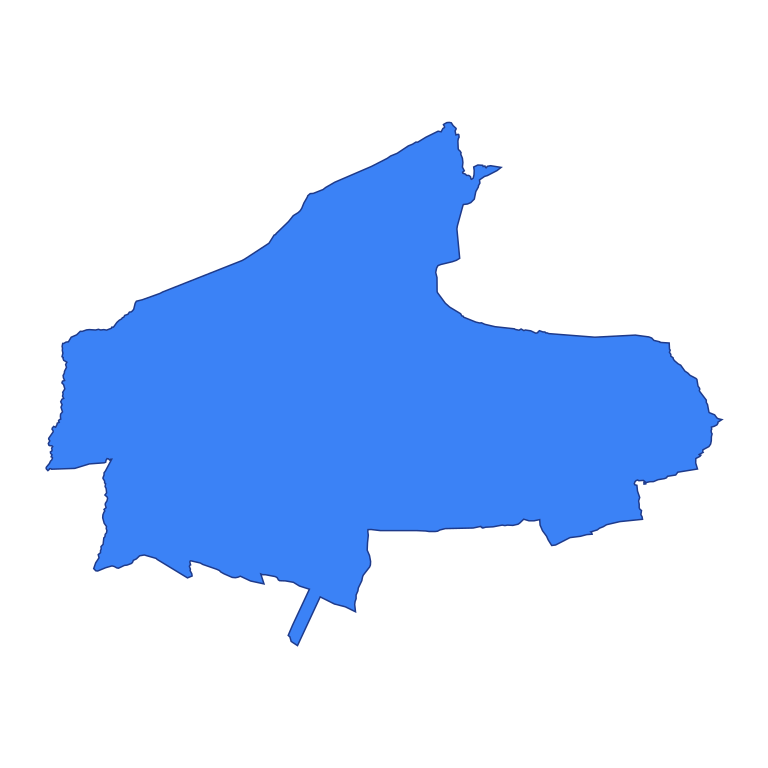 the district of Ladesti, Vâlcea, Romania
{"feature_id": "2599482B93203589904447", "entity_name": "Ladesti", "entity_type": "district", "adm_level": 2, "iso_a3": "ROU", "parent_name": "Romania", "parent_adm1": "Vâlcea", "projection": "natural_earth1", "projection_center": [24.033, 44.869], "detail": "fine", "context": "isolated", "style": "filled", "palette": "blue", "viewbox_px": 768, "rotation_deg": 0, "n_neighbors": 0, "source": "geoboundaries", "source_scale": "gbopen_adm2", "svg_char_len": 6041}
<svg xmlns="http://www.w3.org/2000/svg" viewBox="0 0 768 768"><path d="M551.7,545.5L555.6,545.0L570.0,537.6L580.4,536.3L586.8,534.6L592.1,534.2L591.6,532.6L590.8,531.9L597.3,529.9L599.5,528.2L603.3,526.7L606.6,524.7L619.9,521.6L642.5,519.3L642.1,516.8L640.9,514.6L641.5,510.5L639.9,509.3L639.2,507.8L639.2,504.2L638.6,501.0L639.7,497.5L637.5,491.1L636.9,485.3L634.9,484.8L634.3,483.7L635.0,481.7L636.2,480.5L637.7,480.0L638.8,480.7L643.4,480.4L645.4,482.0L643.9,482.3L644.0,484.1L645.8,483.9L646.0,482.6L649.8,481.7L653.5,481.6L658.0,479.7L664.5,478.6L666.5,477.8L667.5,476.3L675.7,475.0L677.8,472.2L697.5,469.0L695.7,463.0L695.8,458.5L699.9,456.4L700.7,455.4L700.0,455.4L699.1,454.5L703.1,452.4L702.7,451.9L702.9,449.8L708.9,446.6L710.6,444.1L711.3,440.8L711.4,436.7L712.1,433.9L711.4,432.6L711.1,430.6L711.7,429.2L711.4,427.1L714.2,426.3L716.9,424.9L717.9,423.3L717.9,422.2L721.9,419.6L718.2,418.7L716.9,417.9L714.6,414.8L709.4,412.7L708.9,412.0L707.5,404.5L706.3,402.5L706.3,400.1L699.6,391.3L699.3,390.5L699.7,389.5L699.6,388.4L698.0,386.0L696.9,379.4L695.9,378.4L690.0,375.3L687.9,373.1L684.9,371.1L680.7,365.2L678.2,363.9L674.4,360.6L673.3,359.0L673.1,357.8L670.8,356.1L670.8,354.3L669.4,352.3L670.2,350.1L669.5,349.3L669.2,343.0L660.1,342.4L659.8,341.8L653.9,340.4L651.7,338.0L648.8,336.9L635.3,335.1L594.9,337.2L548.8,333.6L547.1,332.9L545.8,332.9L545.0,332.0L542.8,331.9L539.5,330.7L538.3,331.6L537.7,332.7L535.8,333.2L530.7,330.8L525.3,330.0L523.9,330.6L521.1,329.0L519.0,330.2L515.2,329.4L514.4,328.8L495.1,326.7L484.8,324.3L481.5,322.8L479.7,323.0L475.9,322.1L463.7,317.2L463.2,316.2L461.8,315.9L460.6,313.7L449.7,307.1L445.3,303.2L437.4,292.5L437.1,291.3L437.0,277.6L435.7,272.5L436.6,268.1L438.0,265.6L440.8,264.5L452.4,261.7L456.4,260.3L459.7,258.3L456.9,228.9L457.4,225.8L463.0,205.3L463.4,204.5L467.5,204.0L470.8,202.6L474.3,199.1L475.8,191.6L478.4,186.9L478.4,185.8L479.9,183.1L479.5,179.9L484.6,176.4L487.3,175.6L497.0,170.6L501.1,167.4L490.6,165.7L487.4,166.3L486.1,167.8L485.5,167.4L484.9,166.0L483.1,166.5L482.7,165.3L477.8,165.0L473.7,167.0L474.2,170.5L474.0,174.8L473.2,178.1L471.6,179.3L470.9,178.9L470.6,176.9L469.7,176.0L468.7,175.4L466.6,175.4L465.4,174.1L462.9,173.2L462.6,172.2L464.3,170.8L462.4,167.1L462.9,162.6L462.4,158.2L460.7,154.0L461.1,152.8L460.2,151.2L458.5,149.6L458.2,148.7L457.9,141.1L458.3,138.7L459.1,137.2L458.8,134.7L458.2,134.3L455.9,134.9L455.1,130.9L456.0,129.3L456.1,128.4L453.1,125.6L451.3,122.8L449.3,122.4L446.8,122.6L443.9,124.2L443.4,124.7L444.4,126.2L444.5,127.5L442.9,128.5L441.1,131.8L438.1,131.2L425.9,137.2L417.7,142.2L415.9,142.1L412.5,144.2L408.3,145.9L397.2,153.3L390.6,156.0L387.3,158.3L371.5,166.4L334.8,182.2L325.6,187.5L323.1,189.5L313.3,193.4L310.2,193.6L307.8,195.7L307.3,197.1L303.9,203.0L301.8,208.2L300.3,210.6L298.2,212.6L293.3,215.6L288.5,221.6L276.0,233.7L275.7,234.5L274.1,235.1L269.0,243.2L244.5,259.2L241.9,260.6L162.8,291.9L160.0,293.4L142.1,299.8L136.4,301.2L135.2,303.2L133.7,309.3L132.3,311.0L131.2,311.9L129.4,312.1L127.9,314.3L124.7,315.4L123.7,317.3L122.4,317.7L121.6,318.9L119.3,320.2L116.9,322.4L113.5,327.1L111.7,327.2L111.5,328.2L106.6,330.1L103.8,329.6L100.7,330.0L98.4,329.3L95.6,330.0L89.3,329.6L86.5,329.9L82.2,331.4L80.3,331.3L76.7,334.8L71.2,337.2L68.4,341.8L66.0,342.1L63.8,343.4L62.7,343.4L62.1,346.4L62.5,348.1L62.3,350.4L62.9,353.2L62.0,356.7L63.2,357.5L63.0,358.4L63.7,360.3L66.9,362.2L65.6,364.6L66.5,367.3L64.5,371.3L64.3,373.2L63.1,375.5L63.4,377.8L64.6,380.5L62.5,381.1L61.9,382.9L63.6,384.7L64.8,388.9L62.7,392.3L63.1,394.0L62.5,396.1L63.7,398.4L62.0,399.2L60.7,401.8L62.1,404.6L61.0,407.2L62.5,411.9L60.6,414.1L60.4,416.4L60.7,419.2L59.3,419.7L58.5,420.9L59.2,422.3L57.2,423.2L57.0,424.6L55.6,427.2L53.7,426.4L52.3,428.0L52.0,429.2L53.1,430.7L53.2,431.8L48.7,438.3L48.7,439.2L49.8,440.9L48.3,443.5L48.8,445.1L49.4,445.6L51.9,445.8L52.7,446.6L51.6,448.2L52.1,449.9L51.7,451.1L50.4,451.9L50.6,453.3L52.0,454.8L51.1,456.8L52.3,457.4L52.5,457.9L51.7,460.0L50.5,461.1L49.4,463.5L46.4,467.1L46.1,468.0L46.3,468.9L47.9,470.6L49.2,469.5L49.5,468.7L50.9,468.7L51.4,469.2L74.8,468.4L89.4,463.9L104.2,462.8L105.7,462.2L106.0,460.1L106.6,459.7L107.0,458.6L108.4,458.8L109.6,460.0L110.4,459.3L111.7,459.2L105.3,471.2L104.1,472.7L104.0,475.1L103.0,477.7L103.0,478.5L104.6,481.0L104.6,482.9L105.6,483.7L105.1,486.6L106.1,488.4L106.6,492.9L104.9,495.0L107.3,497.2L107.6,498.4L106.9,501.0L105.4,503.3L105.2,504.7L106.1,507.7L104.0,509.4L104.8,511.0L103.9,512.3L102.9,514.9L102.7,517.8L104.2,523.3L106.5,526.5L106.2,528.6L106.9,530.4L106.5,532.8L105.2,534.3L104.9,536.8L103.8,537.9L103.1,544.3L101.0,546.6L101.2,549.1L100.5,550.5L100.5,552.7L98.2,554.6L99.0,557.8L95.7,562.8L93.7,568.6L95.8,570.8L97.7,571.0L105.7,567.7L112.0,565.9L114.3,566.5L116.8,567.9L118.5,568.2L124.4,565.4L127.0,565.1L131.1,563.6L132.4,562.6L133.4,560.3L136.4,558.9L139.6,555.8L144.3,555.0L156.1,558.4L157.1,559.4L187.5,577.9L192.1,576.0L191.8,573.8L190.1,570.6L190.4,569.1L189.4,566.5L189.7,565.3L190.6,564.9L189.8,562.0L190.2,561.0L190.8,560.8L200.3,563.0L202.7,564.4L216.8,569.3L219.4,570.5L220.8,572.0L224.0,573.8L232.2,577.4L235.4,577.7L238.0,577.2L240.3,576.2L250.6,581.0L264.0,583.9L260.8,574.0L262.6,574.7L265.4,574.7L275.3,576.6L277.1,577.6L278.4,579.9L279.7,580.7L285.4,580.9L293.4,582.3L299.4,586.0L309.4,589.2L292.5,625.3L288.2,635.4L289.9,636.9L291.2,641.5L297.5,645.6L320.2,596.9L334.4,604.0L345.3,606.8L355.5,611.8L354.7,604.5L355.1,601.4L356.1,598.8L356.1,595.0L357.9,590.9L358.3,588.0L361.8,580.7L362.6,576.7L363.3,575.1L369.6,567.0L370.4,565.0L370.6,561.5L369.5,555.5L367.2,550.2L367.5,542.9L368.3,535.2L367.8,531.6L368.0,529.6L371.1,529.5L380.4,530.6L417.0,530.6L425.7,531.0L429.0,531.5L435.2,531.5L437.6,531.2L439.8,530.0L445.3,528.6L473.2,528.0L480.8,526.4L481.5,527.5L482.8,527.5L482.9,528.0L485.7,527.2L493.2,526.8L502.2,525.1L504.9,525.6L507.5,525.1L512.9,525.4L518.1,524.2L519.8,523.0L523.7,519.2L529.0,520.8L534.0,520.8L539.7,519.6L540.1,525.1L542.5,530.7L546.6,536.3L548.2,539.9L551.7,545.5Z" fill="#3b82f6" stroke="#1e3a8a" stroke-width="1.5"/></svg>